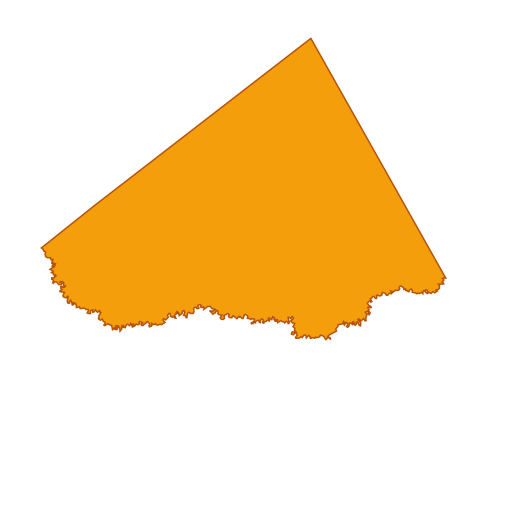 Belgrano, Santiago del Estero, Argentina, rotated 322°
{"feature_id": "61730980B47284560228773", "entity_name": "Belgrano", "entity_type": "district", "adm_level": 2, "iso_a3": "ARG", "parent_name": "Argentina", "parent_adm1": "Santiago del Estero", "projection": "albers", "projection_center": [-62.359, -29.145], "detail": "fine", "context": "isolated", "style": "filled", "palette": "amber", "viewbox_px": 512, "rotation_deg": 322, "n_neighbors": 0, "source": "geoboundaries", "source_scale": "gbopen_adm2", "svg_char_len": 6055}
<svg xmlns="http://www.w3.org/2000/svg" viewBox="0 0 512 512"><g transform="rotate(322 256 256)"><path d="M91.8,117.5L92.4,119.7L91.8,121.2L92.7,123.4L90.8,124.8L89.9,126.9L90.6,129.0L93.1,130.9L92.3,131.8L92.3,133.3L93.7,133.7L90.6,136.0L90.6,136.4L92.1,136.6L92.2,137.5L89.0,138.5L89.0,139.2L91.4,138.9L92.6,137.9L93.2,138.7L90.6,140.3L85.5,139.6L86.9,143.0L84.6,143.2L85.9,145.1L85.0,145.7L85.4,146.7L84.8,147.8L86.4,147.7L86.3,148.5L83.1,148.8L81.6,147.5L80.7,148.7L81.6,150.5L79.3,152.0L79.5,152.8L81.2,152.3L82.9,153.6L83.0,157.2L84.6,158.6L86.3,158.3L85.4,155.9L86.0,155.6L87.8,157.1L88.0,158.9L85.9,161.0L87.4,162.3L86.9,162.7L84.8,162.3L83.9,160.1L83.1,160.0L82.2,161.7L82.4,163.1L80.0,162.8L79.5,163.3L82.7,166.8L79.6,168.2L79.1,169.2L79.3,170.3L80.7,172.1L82.7,171.7L83.0,172.3L79.5,175.3L78.8,177.3L80.1,178.4L81.2,177.0L82.8,176.6L82.2,179.2L83.2,180.2L81.5,180.4L81.1,181.2L81.4,181.9L83.1,181.5L84.5,182.2L84.0,182.8L84.3,184.0L82.7,186.1L85.7,187.4L85.1,188.5L85.4,189.5L88.7,191.3L89.1,193.5L91.0,195.0L90.2,196.0L87.9,196.9L88.9,198.5L90.1,199.4L91.6,197.5L94.0,197.6L94.2,198.1L92.7,199.8L94.2,200.4L96.4,199.4L96.3,202.3L96.7,202.9L98.9,202.5L99.2,203.2L98.3,204.4L98.8,205.2L95.4,206.3L94.6,207.6L93.2,208.4L93.8,210.7L96.1,211.2L95.5,213.6L96.4,215.1L95.7,216.1L93.6,216.8L94.1,217.8L97.9,218.3L98.2,220.0L99.5,221.8L97.6,225.7L98.8,225.7L99.5,226.6L100.0,225.3L100.6,225.5L100.5,228.0L101.3,228.3L102.9,227.1L102.2,225.2L102.5,224.7L104.5,226.2L103.5,230.4L102.7,231.5L105.4,230.8L105.8,229.4L106.7,229.5L107.5,230.6L107.8,229.9L107.1,228.9L107.7,228.2L108.8,229.4L108.5,231.2L108.9,231.9L111.2,230.5L112.9,230.8L113.5,233.1L115.8,232.0L115.3,234.5L116.5,233.8L117.7,234.1L117.3,235.1L115.5,236.0L117.5,236.5L119.6,235.8L120.8,237.7L121.7,237.7L122.6,237.6L122.8,236.2L124.2,236.0L125.6,238.9L125.4,239.3L123.8,238.8L123.2,239.4L123.0,240.0L123.9,241.1L128.4,241.1L129.0,240.4L130.2,241.0L130.4,244.3L128.7,245.0L128.4,246.2L130.5,247.0L132.4,245.0L132.7,246.9L135.2,247.4L134.9,248.6L135.9,249.9L138.2,250.6L139.4,252.0L143.5,252.3L143.2,249.4L144.1,248.4L144.7,248.6L145.5,250.7L148.5,250.4L149.2,250.2L149.8,248.2L152.3,247.7L152.9,248.8L151.4,250.9L152.5,252.9L154.2,252.8L153.7,254.8L154.6,255.6L155.4,252.6L156.6,252.3L158.7,252.9L159.1,252.4L158.4,251.4L159.3,251.0L160.2,253.0L158.7,255.7L162.3,255.8L164.1,254.2L165.7,254.6L165.1,256.6L162.5,258.1L163.6,259.7L163.0,261.6L163.5,262.0L166.5,259.3L167.8,258.9L168.8,259.3L168.9,260.9L171.3,262.6L172.9,261.6L174.9,258.6L177.1,259.2L177.0,261.1L177.9,261.8L179.1,261.9L179.3,259.9L180.1,259.0L181.9,260.0L182.4,260.6L181.1,262.0L181.2,262.8L181.9,263.5L183.3,263.5L183.0,265.1L182.0,266.0L186.6,266.0L188.9,267.5L189.0,270.7L191.0,272.6L191.0,273.1L189.4,273.2L187.6,272.6L186.2,270.9L185.7,271.3L186.3,273.2L186.0,275.2L188.8,275.7L191.5,274.7L192.0,275.4L191.8,276.8L190.5,277.8L190.5,279.0L192.6,281.6L189.9,282.5L189.6,283.7L190.0,284.8L190.9,285.7L192.7,285.8L194.2,283.1L196.2,283.8L197.6,283.6L198.8,284.6L198.8,285.6L197.2,286.6L197.2,288.1L198.9,289.7L201.3,289.0L202.3,293.7L205.5,293.0L205.4,294.0L206.4,294.3L206.5,296.3L207.2,297.3L210.9,295.1L211.9,295.7L212.4,298.6L210.8,299.8L212.5,301.5L212.6,302.6L214.6,303.2L215.9,304.8L214.0,306.3L211.1,305.8L210.7,306.6L211.9,307.4L213.7,307.1L214.4,308.3L215.1,307.2L218.4,308.0L218.7,308.6L217.8,310.2L218.2,311.1L221.0,308.9L222.0,309.2L222.4,310.8L220.1,312.5L220.7,313.7L222.3,312.9L223.5,313.7L225.8,313.7L226.4,315.4L227.1,315.1L227.5,312.6L228.4,313.2L229.2,315.8L231.8,314.1L232.5,316.3L231.2,316.7L230.9,319.3L232.1,319.8L231.9,319.3L232.6,318.5L233.7,319.4L232.0,321.8L235.7,322.1L236.2,323.7L237.4,325.0L237.4,326.4L239.6,326.0L240.3,327.7L239.8,329.1L241.0,329.3L241.7,328.7L242.0,326.8L243.5,324.2L244.4,324.9L245.0,326.8L246.6,326.0L247.5,326.2L247.1,328.3L243.4,328.5L243.6,331.3L244.8,332.5L244.8,333.3L241.6,334.4L242.1,336.8L240.6,338.2L240.8,340.2L239.3,339.6L238.2,338.2L236.9,338.4L235.8,339.6L236.9,341.0L239.2,340.7L240.4,341.5L239.9,343.6L237.1,344.4L236.8,345.4L239.8,347.4L241.8,347.3L242.3,348.8L244.5,347.9L246.0,348.3L246.4,349.4L245.2,351.6L248.8,351.0L249.1,353.2L248.1,353.7L248.3,354.5L250.6,355.3L251.6,356.8L252.8,356.5L252.8,357.2L254.9,358.3L256.5,358.9L257.4,358.1L258.3,358.3L260.0,361.0L259.4,364.6L260.7,364.9L262.2,364.0L263.5,366.1L263.3,367.9L264.1,366.4L263.1,363.8L264.1,363.2L273.2,364.7L274.0,362.5L277.0,362.0L278.4,360.7L282.5,362.8L284.7,361.5L284.8,363.4L283.4,363.9L283.1,364.8L286.1,363.9L286.6,364.5L286.3,366.2L283.9,367.4L284.4,368.6L285.6,368.7L288.6,366.4L289.7,367.6L289.7,369.5L290.4,369.6L291.1,369.2L291.3,367.5L292.2,367.5L292.5,369.2L291.5,370.3L291.5,371.7L292.9,371.5L294.7,370.0L295.2,370.3L294.7,374.4L295.4,375.4L297.4,373.0L297.0,368.8L298.0,368.8L298.7,369.6L298.6,371.8L302.4,371.6L301.9,374.0L302.8,374.8L304.6,372.4L307.5,370.3L307.5,367.6L309.9,368.0L309.7,369.7L308.6,370.7L309.0,372.0L310.9,371.2L311.0,368.7L312.1,367.8L312.3,365.5L313.3,365.8L314.7,367.5L315.4,367.3L315.5,366.4L314.4,364.5L314.7,361.7L317.9,361.2L318.5,361.8L318.1,363.1L319.3,363.2L319.7,360.0L321.0,360.5L323.1,359.8L324.1,360.7L323.9,363.0L324.7,363.6L325.9,362.9L326.6,361.2L327.4,361.4L328.7,363.5L330.3,364.3L331.5,364.1L332.6,362.6L333.4,362.8L335.0,365.0L334.6,367.2L335.7,368.0L338.3,367.4L339.2,369.0L340.3,368.8L340.5,366.6L341.5,367.3L341.5,368.9L344.8,368.7L345.1,369.5L347.4,370.8L349.0,370.3L348.8,369.8L350.2,368.4L351.8,368.9L352.7,371.8L351.9,373.4L353.6,374.1L352.8,375.4L354.1,376.7L353.8,377.0L354.5,378.3L356.7,377.3L358.1,377.7L358.0,379.1L356.8,380.8L358.9,383.2L359.5,384.8L360.5,384.7L361.6,386.1L364.3,386.8L364.3,388.4L366.0,386.6L367.3,386.8L367.3,388.4L369.1,387.2L369.8,388.2L369.7,389.6L367.7,390.0L367.7,391.0L370.1,391.3L371.0,393.3L373.6,393.0L374.1,395.0L377.1,395.2L376.6,394.1L377.1,393.5L378.9,394.6L380.7,394.4L382.5,392.1L382.3,390.5L386.7,393.6L387.1,392.4L386.6,390.8L389.0,390.8L389.4,390.2L389.0,388.5L390.5,388.8L391.9,390.2L433.2,118.3L159.6,116.8L91.8,117.5Z" fill="#f59e0b" stroke="#b45309" stroke-width="1.5"/></g></svg>